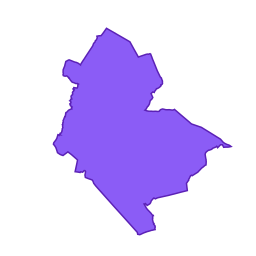 outline of Chucándiro, Michoacán, Mexico, rotated 135°
{"feature_id": "50627088B8193308605662", "entity_name": "Chucándiro", "entity_type": "district", "adm_level": 2, "iso_a3": "MEX", "parent_name": "Mexico", "parent_adm1": "Michoacán", "projection": "equal_earth", "projection_center": [-101.355, 19.895], "detail": "fine", "context": "isolated", "style": "filled", "palette": "violet", "viewbox_px": 256, "rotation_deg": 135, "n_neighbors": 0, "source": "geoboundaries", "source_scale": "gbopen_adm2", "svg_char_len": 5378}
<svg xmlns="http://www.w3.org/2000/svg" viewBox="0 0 256 256"><g transform="rotate(135 128 128)"><path d="M192.2,169.3L192.4,167.3L192.8,165.4L193.6,163.6L194.8,161.3L195.3,160.4L194.7,157.3L194.2,156.1L193.4,154.5L187.4,153.6L186.8,149.3L186.3,141.7L186.3,141.1L188.3,139.7L196.3,134.5L194.3,131.9L193.3,130.4L192.6,130.6L192.0,129.9L191.4,128.9L190.6,128.8L189.1,128.9L188.6,128.3L188.7,127.4L190.0,126.3L191.7,125.2L193.1,123.2L191.9,120.4L190.6,117.7L190.1,116.6L190.3,115.7L190.3,115.3L191.4,113.0L191.8,109.7L193.4,81.8L194.1,67.9L195.2,47.6L196.3,46.0L195.1,44.2L193.0,43.4L192.9,43.4L190.5,42.5L190.4,42.4L189.8,42.1L189.1,41.9L189.0,41.7L188.7,41.7L187.6,41.1L186.4,40.4L185.1,39.7L184.0,39.2L183.9,39.1L182.7,38.3L181.9,37.8L181.5,37.6L181.4,37.7L180.9,37.3L180.8,37.0L180.6,37.0L180.3,37.8L179.8,38.1L179.3,38.3L179.2,38.4L179.2,38.6L178.3,39.3L178.2,39.4L178.3,39.6L178.0,40.4L177.9,40.8L177.9,41.0L178.0,41.7L177.9,41.8L177.7,41.9L177.5,42.0L177.1,42.1L177.1,42.4L177.2,42.7L177.2,43.0L176.7,43.8L176.5,44.2L175.8,45.3L175.7,45.4L175.5,45.7L175.1,46.2L175.0,46.3L174.9,46.4L174.8,46.5L174.7,46.6L174.4,46.6L174.1,46.8L174.1,47.0L173.5,47.8L173.4,47.9L173.0,48.1L172.8,48.2L172.7,48.2L172.3,48.1L172.1,48.0L171.9,48.3L172.0,48.6L172.4,48.7L172.3,49.5L172.1,51.0L172.0,51.5L171.9,55.1L171.9,56.6L171.8,57.3L171.7,57.8L171.7,58.3L171.2,59.9L170.8,61.2L170.8,61.3L170.4,62.8L170.3,62.7L169.8,62.5L169.3,62.4L169.1,62.3L169.2,59.8L169.2,59.7L167.6,59.3L166.4,59.0L165.9,59.0L165.2,59.1L164.4,59.4L164.1,59.5L163.6,59.8L163.2,60.0L162.4,60.1L161.0,60.2L160.4,60.2L159.6,60.3L159.5,60.1L159.1,59.9L158.8,58.6L156.4,57.7L147.0,51.7L144.6,50.3L141.6,48.5L136.1,45.3L130.3,41.8L128.8,43.7L127.7,45.1L125.7,47.6L121.9,48.2L121.6,48.7L120.1,49.1L117.6,50.0L116.6,49.8L116.4,48.9L111.6,47.8L109.9,47.4L107.9,47.5L106.2,47.5L104.4,47.6L102.6,47.3L99.8,47.1L99.0,46.7L97.5,48.0L96.3,49.1L95.7,49.9L95.1,50.5L94.6,51.4L93.3,53.2L92.1,54.8L90.7,55.6L89.3,55.7L86.9,55.4L86.1,54.8L84.8,54.2L84.0,53.8L82.3,53.7L78.8,52.2L78.2,52.3L78.2,51.4L78.5,50.7L76.8,50.7L74.4,50.7L73.6,49.9L73.1,49.3L74.0,46.7L72.9,45.8L71.8,44.8L70.7,43.7L69.2,42.6L68.2,42.0L68.4,43.5L68.7,44.6L69.6,46.3L69.9,47.1L70.5,48.9L70.8,50.7L70.6,52.9L70.5,54.8L71.0,56.9L71.2,57.7L73.3,66.7L75.6,76.4L75.7,76.7L80.2,85.9L80.4,87.5L80.4,88.4L81.5,101.8L81.9,107.2L82.0,107.8L82.0,108.3L82.6,108.4L84.0,109.3L85.8,111.7L87.5,113.3L88.4,114.3L89.3,115.8L90.1,117.0L90.6,117.3L92.1,118.0L94.1,117.8L95.0,118.4L95.4,118.8L96.6,120.3L98.7,122.2L99.3,123.0L99.6,123.3L101.6,125.4L102.5,126.8L103.4,128.6L102.3,128.5L99.9,129.1L99.0,129.4L98.2,129.2L96.0,129.8L94.0,131.0L92.8,131.7L91.1,131.5L89.7,131.8L88.9,132.0L87.3,136.1L85.1,135.9L84.9,135.9L84.4,134.8L84.3,134.6L84.0,134.8L83.0,135.1L82.8,135.1L82.1,135.2L81.3,135.3L80.6,135.5L80.3,135.6L79.9,135.6L79.7,135.3L78.9,135.0L77.8,134.7L76.7,134.5L76.0,134.5L75.8,134.6L75.6,134.5L74.9,134.5L74.8,134.8L74.3,135.2L74.2,134.9L73.8,134.9L73.4,134.9L73.2,134.8L72.6,134.9L72.2,135.0L70.9,136.5L70.5,136.7L70.3,137.1L69.8,138.3L69.6,138.8L69.4,139.1L69.3,139.5L69.1,139.6L69.0,140.2L69.1,141.2L68.9,141.8L66.9,147.6L63.7,155.1L62.9,157.0L62.1,159.0L60.9,161.5L60.2,163.2L59.7,164.2L59.9,164.7L59.9,165.0L60.4,165.2L60.6,165.3L60.9,165.5L61.4,165.7L61.5,165.8L61.7,166.2L62.0,166.5L62.7,167.0L63.1,167.3L63.8,167.6L70.5,170.9L69.7,173.6L68.1,179.4L67.2,182.5L65.7,187.6L72.7,213.7L79.1,212.6L81.7,212.3L83.3,213.7L84.0,214.2L85.1,214.9L85.2,214.7L85.9,213.6L86.9,213.1L87.3,213.0L87.9,212.7L89.2,212.8L89.7,212.7L90.0,212.4L90.6,212.1L91.6,212.2L93.1,211.9L94.2,211.3L94.9,211.0L108.0,208.3L109.7,207.9L110.2,207.8L111.4,207.6L113.3,207.2L115.1,206.8L116.9,206.4L117.0,206.3L117.4,209.0L118.2,211.0L118.8,211.9L119.1,212.4L120.1,214.8L120.8,216.4L121.3,217.6L122.1,218.2L123.0,218.4L123.3,218.5L124.5,218.9L124.9,219.0L128.0,217.2L128.9,216.6L130.9,215.8L132.7,215.0L134.6,213.2L135.2,212.3L135.5,212.0L135.9,211.8L136.2,211.7L136.3,211.6L136.6,211.0L136.7,210.8L136.4,210.0L136.3,209.8L135.5,208.8L134.5,208.2L134.4,207.6L134.4,206.5L134.2,205.3L134.5,205.1L134.4,205.0L134.6,203.9L134.9,202.5L135.1,200.0L134.8,199.3L133.9,197.6L133.7,196.7L133.1,195.9L132.3,195.3L132.0,194.1L132.7,194.2L134.0,193.0L135.5,192.2L136.3,192.9L137.7,194.9L138.6,194.4L139.3,194.5L139.4,193.7L138.9,193.4L139.0,193.0L139.8,193.1L140.1,192.7L140.7,192.5L141.1,192.6L141.7,192.6L142.4,192.2L142.9,191.3L143.7,190.8L144.8,191.0L145.6,190.8L146.3,190.3L146.3,190.2L146.6,189.5L146.7,189.2L147.1,188.7L147.2,188.3L148.3,188.9L148.9,188.3L149.9,188.4L149.7,187.7L149.9,187.2L150.0,186.6L150.7,186.3L150.8,186.1L151.9,186.2L152.0,185.5L152.4,185.6L153.0,184.2L152.7,183.6L152.7,182.4L153.6,182.4L154.2,181.3L154.5,181.6L155.0,181.7L156.0,182.1L157.4,182.6L160.6,182.5L161.0,182.8L161.5,182.6L162.0,182.2L162.1,181.9L163.1,181.4L163.7,180.8L164.1,180.5L164.4,180.5L164.5,180.5L164.7,180.8L165.4,180.2L165.9,180.3L167.5,179.5L168.6,179.2L169.6,177.9L170.2,177.9L170.9,177.3L171.3,176.9L171.5,176.7L172.1,176.8L172.5,175.8L173.1,175.4L173.8,174.3L175.2,173.9L176.0,173.0L176.8,172.7L177.2,172.3L178.6,171.8L179.7,172.2L179.9,171.8L180.8,171.9L181.2,172.0L181.0,171.3L181.2,171.5L181.5,171.6L181.8,171.5L181.8,171.9L182.2,172.1L182.2,172.5L182.3,172.8L182.9,172.5L183.0,172.4L185.7,171.0L186.8,170.7L187.7,170.5L190.8,170.1L192.2,169.3Z" fill="#8b5cf6" stroke="#5b21b6" stroke-width="1.5"/></g></svg>